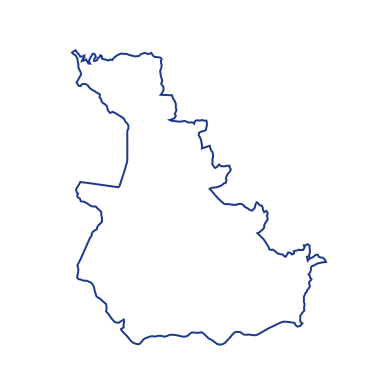 the district of Água Doce, Santa Catarina, Brazil, rotated 173°
{"feature_id": "56859067B81535062588760", "entity_name": "Água Doce", "entity_type": "district", "adm_level": 2, "iso_a3": "BRA", "parent_name": "Brazil", "parent_adm1": "Santa Catarina", "projection": "robinson", "projection_center": [-51.633, -26.817], "detail": "fine", "context": "isolated", "style": "outline", "palette": "blue", "viewbox_px": 384, "rotation_deg": 173, "n_neighbors": 0, "source": "geoboundaries", "source_scale": "gbopen_adm2", "svg_char_len": 5967}
<svg xmlns="http://www.w3.org/2000/svg" viewBox="0 0 384 384"><g transform="rotate(173 192 192)"><path d="M262.1,47.8L260.9,48.9L259.6,50.2L257.8,51.8L255.9,52.6L252.5,53.4L251.1,53.7L248.6,53.7L246.6,53.0L244.0,53.3L241.2,53.3L238.7,52.4L236.6,51.7L234.4,52.1L232.3,52.7L230.9,53.0L226.2,52.2L223.0,51.1L220.8,50.3L218.8,49.6L216.8,49.3L214.8,49.5L213.1,50.3L211.4,51.5L209.6,52.5L207.2,52.4L205.4,51.8L203.7,51.5L202.0,51.5L200.1,51.7L198.6,50.9L197.1,49.4L195.8,47.7L193.3,44.6L191.4,43.4L190.0,42.4L188.8,41.2L187.2,39.7L185.6,38.1L182.8,37.1L180.6,37.1L177.9,38.1L176.0,39.6L174.3,41.0L171.1,43.8L169.4,45.5L167.9,46.7L166.2,47.7L163.9,47.6L161.4,47.2L159.8,45.8L158.1,44.3L155.9,43.7L153.5,43.6L151.7,43.3L149.9,42.7L147.5,42.2L145.8,42.2L144.2,42.5L142.4,43.2L140.3,44.1L138.3,44.9L136.5,45.8L134.1,46.7L132.1,47.6L127.8,48.9L125.3,49.8L122.2,50.9L120.3,51.5L118.2,52.1L115.7,52.0L113.3,51.5L110.7,50.9L108.7,50.3L106.2,49.6L105.4,47.2L103.6,45.5L100.8,46.0L98.4,48.3L100.0,49.3L100.3,51.4L100.0,53.6L99.6,56.1L98.0,57.7L97.0,59.0L95.0,60.5L95.0,63.2L94.3,65.5L93.9,67.3L94.4,69.7L93.9,71.8L93.9,73.9L92.9,75.7L91.8,77.8L90.4,78.8L89.7,80.5L87.9,82.1L86.4,84.1L86.7,86.1L87.0,88.0L85.5,89.3L84.0,90.9L85.3,92.7L85.3,94.6L86.4,96.0L84.6,97.5L83.5,100.2L83.1,102.5L82.0,103.8L80.1,104.2L78.0,105.1L76.0,105.7L74.3,106.0L72.8,106.0L71.2,106.3L69.3,106.2L67.5,106.2L68.5,109.0L70.5,110.9L72.7,111.5L74.1,112.3L74.6,114.1L76.5,114.7L78.4,113.5L80.3,112.4L82.2,111.9L83.9,111.3L85.4,109.7L85.7,111.5L85.8,113.7L83.6,113.6L83.4,115.5L82.5,116.8L82.2,118.7L82.1,121.2L82.0,124.8L83.7,126.1L85.8,125.1L87.5,125.4L87.1,123.2L88.6,121.0L91.1,121.1L93.2,121.7L94.9,121.1L96.8,121.1L98.2,120.7L98.2,118.6L100.3,117.8L101.6,119.5L103.9,120.3L105.5,118.0L106.9,116.3L108.5,117.3L109.6,119.0L112.0,119.5L113.6,120.2L115.0,121.0L116.7,123.1L118.7,124.9L120.8,124.9L122.4,125.9L122.6,128.0L123.8,130.5L125.2,133.4L126.7,136.4L132.1,143.2L130.0,143.8L128.6,144.9L126.5,146.1L124.6,147.9L124.5,150.0L122.7,152.8L120.5,154.9L120.1,157.5L120.6,159.3L119.7,160.7L119.6,162.9L120.6,164.2L122.8,163.1L123.7,165.5L123.7,167.4L124.2,169.8L126.3,170.6L127.5,172.3L128.8,173.9L130.3,172.4L131.0,170.5L131.6,168.7L133.1,167.4L134.8,166.2L136.7,167.1L138.7,168.9L140.0,169.8L141.5,171.0L142.6,172.8L143.9,173.8L145.4,174.3L147.5,174.5L150.0,173.9L152.5,174.2L155.1,174.9L157.5,175.7L159.7,175.7L161.5,176.3L162.7,177.6L164.1,179.1L167.5,183.3L174.0,193.1L171.7,193.8L169.4,193.7L167.4,193.7L164.7,194.1L162.4,194.8L160.6,195.7L159.3,196.7L157.3,197.0L156.4,199.3L156.7,201.2L156.0,203.0L155.0,204.8L151.5,208.2L150.7,209.8L151.6,211.8L151.6,213.5L154.4,213.8L156.7,213.5L160.0,214.1L161.8,216.0L163.9,214.0L166.1,213.0L167.6,215.1L168.5,217.6L167.9,219.8L167.7,222.2L167.0,223.9L166.5,226.3L166.7,228.8L167.7,230.6L168.5,233.1L168.7,235.7L176.9,234.1L176.3,236.6L176.6,239.5L176.6,242.1L177.4,245.2L178.5,247.3L177.9,249.7L176.2,250.7L174.2,250.9L172.6,251.2L171.0,251.6L170.1,253.5L169.1,256.4L168.8,259.1L169.0,261.1L171.2,261.3L173.1,262.2L175.4,261.9L177.9,262.5L179.5,262.4L180.8,261.5L181.5,259.5L182.6,260.7L184.7,261.3L187.0,261.3L188.4,262.2L190.6,263.4L192.6,263.4L194.3,263.2L196.1,263.4L197.9,263.8L199.4,264.1L201.1,264.7L203.0,264.8L205.3,266.2L202.6,266.6L200.3,267.5L198.8,269.5L199.5,271.8L198.5,273.3L197.4,275.2L197.8,277.3L197.6,279.3L197.4,281.3L197.9,284.0L199.0,286.2L199.7,288.4L200.1,290.4L211.2,292.3L209.3,294.4L208.2,296.0L207.6,297.6L207.5,299.8L208.8,301.8L209.4,303.6L208.0,305.4L208.3,308.1L208.8,311.0L208.8,313.6L208.9,315.7L208.0,317.7L207.2,319.5L206.6,321.5L207.0,323.6L206.8,326.0L205.9,327.3L206.8,329.1L208.5,329.7L210.7,330.3L212.5,330.6L214.0,332.0L215.5,335.0L217.2,334.5L218.7,334.2L220.2,335.0L222.2,335.9L224.2,335.4L225.8,335.1L228.0,333.5L230.3,333.5L232.0,333.5L233.5,334.1L235.3,334.8L237.7,335.7L240.0,337.0L242.0,337.3L243.7,337.6L245.6,338.1L247.5,337.5L249.0,337.0L250.8,336.2L252.6,335.1L253.9,333.9L255.2,332.6L256.8,333.5L259.0,332.7L261.2,333.8L263.3,334.5L265.0,335.3L264.9,337.8L266.3,338.9L267.3,337.0L269.0,336.7L270.2,334.4L271.8,333.9L273.3,334.1L272.6,336.3L271.0,338.1L272.0,341.0L273.7,341.2L274.9,339.7L277.4,336.3L278.3,334.6L277.5,331.8L279.2,332.2L280.1,334.2L280.9,336.4L283.2,335.7L285.3,335.4L284.2,337.3L282.5,338.5L282.1,340.6L284.2,339.9L286.4,339.9L287.4,342.2L289.2,344.7L290.4,346.9L292.4,345.9L294.1,345.0L292.7,343.2L290.9,341.9L290.1,340.0L289.5,338.2L289.5,336.0L289.2,332.6L289.6,330.1L289.2,327.9L288.1,325.2L287.7,322.3L293.3,314.6L292.3,312.9L291.4,311.1L289.7,310.7L288.0,312.4L285.9,312.5L284.1,311.8L282.5,310.8L281.6,308.7L279.8,306.6L277.9,305.0L276.1,303.8L274.7,302.4L272.9,301.4L271.5,299.9L272.3,297.3L270.8,295.2L270.8,293.2L269.6,291.2L267.5,289.5L266.0,287.6L265.8,285.9L265.6,283.6L264.8,282.1L263.7,280.4L261.0,281.2L258.8,279.9L256.6,278.1L254.4,276.4L252.1,274.6L250.4,272.5L249.7,270.1L248.1,268.1L247.2,266.4L247.1,264.5L247.5,262.5L248.6,261.0L249.0,259.1L250.9,242.7L251.5,238.3L252.5,230.6L255.7,222.8L263.2,206.8L264.6,205.7L294.7,213.8L301.6,215.5L303.4,213.0L304.5,211.8L305.7,210.1L306.9,208.3L306.4,205.8L305.3,204.3L306.3,203.0L306.3,201.0L304.0,199.0L303.5,196.4L302.0,195.9L300.4,195.5L298.6,194.2L296.6,192.8L295.2,191.3L293.5,190.2L291.3,189.5L289.3,189.4L287.8,187.2L286.2,185.4L284.5,183.3L284.8,180.1L284.5,177.3L284.9,173.6L286.8,171.9L289.1,170.3L290.3,168.7L291.2,166.5L293.5,165.6L295.3,164.5L296.7,162.5L296.9,160.8L298.2,159.6L299.2,158.3L310.6,139.2L314.7,133.2L314.3,130.6L314.3,128.2L315.3,124.5L316.5,121.4L315.4,119.4L312.5,118.4L310.6,117.2L307.4,116.8L303.8,114.7L302.3,113.2L301.0,110.1L300.4,104.2L299.4,99.7L296.0,97.1L293.8,94.4L291.0,91.4L290.9,87.1L291.9,84.0L289.2,80.1L287.9,77.4L286.9,75.7L284.6,72.3L281.0,71.1L278.4,72.3L275.2,73.7L275.1,71.4L276.1,68.9L276.3,65.9L279.2,64.6L278.6,62.8L277.1,60.7L275.3,58.5L273.9,56.6L272.6,54.6L270.8,51.7L268.7,49.5L266.0,48.1L263.8,47.4L262.1,47.8Z" fill="none" stroke="#1e3a8a" stroke-width="2"/></g></svg>